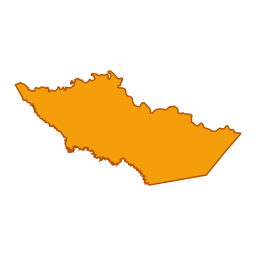 the district of Puerto Guzmán, Putumayo, Colombia
{"feature_id": "7082276B85477944676343", "entity_name": "Puerto Guzmán", "entity_type": "district", "adm_level": 2, "iso_a3": "COL", "parent_name": "Colombia", "parent_adm1": "Putumayo", "projection": "albers", "projection_center": [-76.142, 0.756], "detail": "fine", "context": "isolated", "style": "filled", "palette": "amber", "viewbox_px": 256, "rotation_deg": 0, "n_neighbors": 0, "source": "geoboundaries", "source_scale": "gbopen_adm2", "svg_char_len": 5734}
<svg xmlns="http://www.w3.org/2000/svg" viewBox="0 0 256 256"><path d="M20.8,82.6L15.4,84.9L22.9,98.1L22.6,98.9L23.7,100.1L24.4,100.1L24.4,100.4L26.5,100.1L27.1,101.9L30.3,103.3L31.1,104.4L31.6,104.4L31.5,104.7L32.2,104.6L31.5,105.2L32.4,105.2L32.5,106.0L33.1,105.8L32.9,106.4L33.5,106.3L33.6,107.4L34.0,107.1L33.9,107.5L34.4,107.5L34.5,108.7L35.2,109.0L34.5,109.5L34.9,109.6L34.6,109.9L34.7,111.0L35.4,111.1L35.0,111.5L35.6,111.5L35.4,112.0L35.9,111.8L36.3,113.3L36.9,113.2L36.9,113.7L37.9,114.8L37.5,115.4L38.8,115.8L38.6,116.1L39.6,116.7L40.3,118.3L41.3,118.9L42.4,118.7L42.7,119.7L43.7,120.5L44.8,120.4L44.5,121.2L45.7,122.5L47.1,122.4L48.3,122.9L48.5,123.6L48.9,123.5L49.7,124.4L49.9,125.1L49.6,125.7L50.1,126.3L51.4,126.4L51.6,126.0L52.0,126.3L52.4,126.0L53.6,126.5L53.6,126.1L54.5,127.7L54.8,127.5L54.7,128.0L56.0,128.4L56.4,129.2L57.0,129.1L57.0,130.3L59.2,131.4L60.3,131.5L62.0,133.7L62.3,134.6L63.2,135.1L63.7,137.0L65.6,137.2L66.6,138.6L66.3,139.4L66.0,138.7L65.9,139.4L65.4,139.7L66.2,140.6L66.0,141.1L65.2,140.9L65.8,141.9L65.0,143.2L65.6,143.7L65.3,144.4L66.1,145.6L66.3,148.5L67.4,149.0L67.6,149.4L67.1,149.3L67.5,149.6L67.9,148.9L67.3,147.6L67.9,147.6L68.2,148.7L69.1,148.2L69.2,149.6L69.8,150.3L68.1,151.0L68.5,152.2L69.5,152.2L69.9,151.3L71.0,152.3L71.5,151.7L70.3,150.9L70.5,150.7L73.3,151.8L73.3,151.2L71.2,149.8L71.7,149.7L73.5,150.6L74.0,150.3L74.1,149.5L73.0,149.4L73.5,148.5L73.4,146.8L73.9,147.2L74.3,146.7L74.4,147.2L75.1,146.5L75.0,147.6L75.6,147.8L76.3,146.9L77.0,147.4L77.7,147.0L78.7,148.3L80.2,148.3L80.4,149.3L80.1,149.6L81.6,149.3L83.3,150.2L83.6,150.1L83.2,149.7L84.2,147.4L84.8,147.8L84.6,148.5L85.8,147.3L86.7,147.7L86.0,147.9L86.1,148.2L87.1,148.3L87.7,148.0L87.3,147.8L87.5,147.5L88.3,148.1L88.6,147.5L88.2,149.2L87.6,148.7L87.3,149.5L87.6,149.8L87.3,150.0L90.0,150.9L90.7,150.6L91.1,151.0L90.4,151.1L90.6,151.3L91.8,150.9L91.7,150.4L93.1,150.9L93.1,151.5L93.9,151.8L93.9,152.3L93.4,152.6L93.0,152.4L93.5,152.9L93.1,153.4L91.9,153.5L92.9,154.5L93.5,154.4L94.1,154.8L94.3,154.5L93.8,154.1L94.7,154.2L94.7,155.4L95.7,155.0L94.9,156.5L95.4,157.1L94.8,157.2L97.1,158.2L97.8,157.3L98.5,157.1L99.0,157.6L99.4,157.1L99.9,157.3L100.1,158.4L101.1,158.8L100.2,159.3L100.0,160.4L100.6,159.9L101.2,160.2L102.2,159.8L102.6,158.6L102.5,156.9L103.8,157.3L104.1,158.7L104.6,158.5L104.7,159.2L105.2,159.7L105.5,159.3L105.0,158.9L105.1,158.2L106.6,158.9L107.4,158.5L107.6,159.3L108.0,159.3L108.4,158.3L108.8,158.7L108.2,159.4L109.0,159.8L109.0,160.7L109.4,160.9L109.5,160.2L109.9,160.4L109.6,161.7L110.9,162.7L110.9,162.3L112.0,162.0L112.4,162.6L112.6,163.3L112.1,163.7L112.5,163.9L112.9,163.5L112.9,164.5L112.3,164.5L112.9,165.1L114.3,164.6L113.5,164.2L114.5,163.7L114.7,164.2L115.7,164.3L116.6,165.2L116.9,164.3L117.6,164.5L117.8,163.8L117.4,163.3L118.6,163.3L120.0,162.3L120.4,161.8L120.2,160.8L121.0,161.2L121.0,160.5L120.5,160.3L121.0,159.2L122.0,159.4L122.7,158.0L123.5,158.0L124.1,158.6L124.2,157.9L124.9,160.9L125.4,160.4L125.3,161.2L126.0,161.2L126.5,162.1L128.0,162.2L128.7,164.5L130.2,165.1L130.3,164.8L129.5,164.5L130.2,164.0L131.5,164.7L131.2,165.6L133.3,164.7L133.2,165.4L133.7,165.9L133.5,166.5L133.9,166.7L133.9,167.1L134.2,167.0L134.5,167.6L134.8,167.1L135.2,168.0L136.0,167.9L137.2,168.8L137.0,169.3L136.5,169.2L137.3,170.0L137.1,170.4L138.1,170.8L138.2,169.6L139.8,171.5L140.3,171.2L140.4,171.9L140.0,172.1L141.0,172.3L140.3,172.9L141.2,173.3L141.1,173.9L141.7,173.8L141.3,174.6L142.0,174.3L142.5,174.9L142.4,175.9L143.1,175.8L142.6,176.5L143.5,176.8L144.2,176.4L144.7,176.9L144.6,177.3L143.8,177.4L144.0,178.8L143.1,179.2L144.5,180.1L145.4,179.9L144.6,181.0L145.1,181.9L144.6,182.2L145.3,182.5L144.8,182.8L145.3,182.7L145.2,183.4L145.6,183.2L145.6,183.7L146.2,183.9L148.1,183.1L148.2,184.2L149.0,184.4L149.4,185.0L206.3,175.0L224.0,153.1L240.6,133.8L240.6,133.5L239.9,133.1L234.9,132.8L234.2,132.3L234.1,130.9L233.2,129.7L231.9,129.5L230.3,129.9L229.0,128.9L228.4,127.0L227.3,125.6L226.2,125.9L224.4,128.5L223.7,129.0L219.5,128.3L216.1,131.0L214.8,131.3L212.3,131.1L210.2,129.7L204.0,127.5L203.4,126.9L203.2,124.8L201.4,123.1L200.3,123.4L197.9,126.0L196.9,125.8L194.6,124.5L193.8,123.2L191.5,122.1L191.4,116.9L192.0,115.9L191.6,115.3L189.9,114.2L185.9,114.1L184.4,113.7L183.4,113.0L180.2,113.5L179.0,113.2L178.1,112.3L177.8,109.4L176.9,107.9L173.8,106.3L169.5,106.9L166.9,109.2L165.6,109.8L160.2,108.8L156.8,109.5L154.7,110.5L152.0,113.3L151.0,113.2L150.3,112.2L150.6,110.4L149.6,108.6L144.3,102.8L142.7,102.9L141.8,103.3L140.2,106.1L139.2,106.8L136.5,106.2L134.1,104.8L132.6,101.5L132.2,98.1L131.0,97.1L127.2,95.7L126.0,93.9L125.5,90.2L124.7,88.9L122.8,88.1L118.7,87.8L117.8,87.1L118.0,86.3L120.5,85.2L120.7,82.8L122.6,79.6L121.9,78.0L119.8,78.7L117.7,78.5L112.8,73.0L110.8,71.4L109.3,71.0L108.3,71.5L108.2,72.3L108.9,73.3L110.3,74.0L110.9,75.4L110.2,78.1L109.6,79.1L108.2,78.5L108.1,75.2L107.2,74.1L106.0,74.4L104.7,75.4L101.3,74.5L99.6,75.7L98.3,75.5L96.7,74.2L92.1,73.6L91.5,74.2L91.5,75.1L93.5,75.7L94.8,78.1L94.7,79.2L93.8,80.2L91.7,80.6L90.7,80.4L89.6,79.5L88.1,81.7L85.6,82.9L84.5,82.6L82.6,81.2L81.9,80.0L81.1,80.7L78.2,78.6L75.2,79.3L74.9,80.1L75.5,81.0L75.3,81.7L73.6,82.3L72.4,81.0L71.7,80.8L71.1,81.4L70.7,83.1L70.9,83.9L71.5,84.0L72.7,82.9L73.6,82.9L74.3,83.9L73.9,85.2L72.9,85.8L71.4,87.7L68.7,87.8L65.7,87.3L65.4,88.2L66.3,89.8L65.8,90.4L65.0,90.4L64.2,89.7L63.3,87.4L62.8,87.6L62.0,88.9L60.2,89.6L59.6,89.2L59.4,87.7L58.6,87.0L57.9,87.4L57.3,89.2L55.2,91.0L54.3,91.1L52.0,90.2L49.1,91.6L48.5,91.1L49.2,89.8L48.3,89.0L47.9,87.5L47.2,87.4L46.2,88.5L45.2,87.6L41.5,87.0L39.2,88.5L35.9,87.7L34.5,89.8L34.5,90.9L33.9,91.1L33.0,90.7L31.7,91.2L29.7,89.7L28.1,89.6L28.0,87.4L27.0,87.2L26.4,86.1L24.2,84.2L22.3,83.9L20.8,82.6Z" fill="#f59e0b" stroke="#b45309" stroke-width="1.5"/></svg>